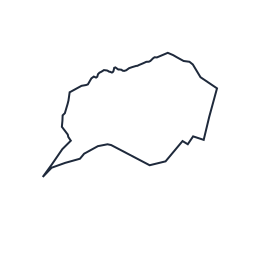 the district of Monguel, Gorgol, Mauritania, rotated 216°
{"feature_id": "47542326B31251685847111", "entity_name": "Monguel", "entity_type": "district", "adm_level": 2, "iso_a3": "MRT", "parent_name": "Mauritania", "parent_adm1": "Gorgol", "projection": "mercator", "projection_center": [-12.888, 16.524], "detail": "fine", "context": "isolated", "style": "outline", "palette": "slate", "viewbox_px": 256, "rotation_deg": 216, "n_neighbors": 0, "source": "geoboundaries", "source_scale": "gbopen_adm2", "svg_char_len": 1054}
<svg xmlns="http://www.w3.org/2000/svg" viewBox="0 0 256 256"><g transform="rotate(216 128 128)"><path d="M59.8,162.9L68.9,184.9L79.3,212.4L99.2,211.7L112.9,217.5L117.2,217.7L122.4,214.9L130.4,213.9L134.3,213.5L140.0,212.2L146.1,202.1L148.1,200.8L148.7,199.1L149.0,197.2L149.3,195.4L150.1,193.9L152.1,192.3L153.6,189.6L154.8,187.6L156.1,185.5L156.9,183.9L157.9,183.0L160.5,179.6L162.3,177.0L163.4,173.6L164.7,171.9L166.1,171.2L167.5,171.3L169.7,170.1L170.2,169.6L173.8,169.6L174.5,168.6L173.2,165.4L173.2,164.3L173.6,163.4L175.7,162.9L176.2,162.5L177.9,162.4L178.8,162.2L181.5,160.7L182.6,157.9L183.6,156.0L183.9,153.9L183.0,151.4L183.5,150.0L185.9,149.5L186.8,146.6L186.1,139.7L187.2,138.1L190.4,134.8L196.2,122.6L192.3,115.2L190.9,111.7L187.8,102.9L188.3,99.8L185.3,95.3L182.2,90.1L172.9,87.3L171.1,85.7L166.8,84.1L168.7,72.3L168.2,53.8L168.2,38.3L166.5,50.9L158.3,62.9L148.8,74.9L148.4,81.4L141.7,95.6L135.0,102.8L131.6,104.3L88.6,110.6L78.0,123.1L76.2,149.5L70.1,150.0L70.4,159.5L59.8,162.9Z" fill="none" stroke="#1e293b" stroke-width="2"/></g></svg>